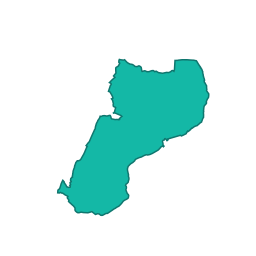 the district of Sancel, Alba, Romania, rotated 60°
{"feature_id": "2599482B13379930489743", "entity_name": "Sancel", "entity_type": "district", "adm_level": 2, "iso_a3": "ROU", "parent_name": "Romania", "parent_adm1": "Alba", "projection": "orthographic", "projection_center": [23.953, 46.206], "detail": "fine", "context": "isolated", "style": "filled", "palette": "teal", "viewbox_px": 256, "rotation_deg": 60, "n_neighbors": 0, "source": "geoboundaries", "source_scale": "gbopen_adm2", "svg_char_len": 5775}
<svg xmlns="http://www.w3.org/2000/svg" viewBox="0 0 256 256"><g transform="rotate(60 128 128)"><path d="M189.8,195.3L190.3,194.8L190.5,194.4L190.8,193.8L190.9,193.5L190.9,192.3L191.0,191.3L190.9,190.8L191.0,189.9L191.1,189.6L191.7,188.4L191.3,182.6L191.1,180.7L191.2,179.1L191.1,178.6L191.0,176.2L191.2,175.3L190.7,173.2L190.4,172.2L189.8,170.5L189.1,169.0L188.8,167.3L189.0,164.6L188.7,162.7L186.9,161.2L185.9,161.0L184.4,161.4L180.5,160.8L179.1,159.3L177.8,158.7L176.6,158.9L175.6,157.7L175.6,156.7L175.0,154.9L174.7,154.6L174.2,154.3L173.9,154.1L173.3,153.2L173.0,153.0L172.3,152.5L171.9,152.3L171.1,152.0L170.4,151.9L169.8,151.7L169.4,151.4L168.9,151.0L168.6,150.9L167.2,150.5L165.6,150.0L164.7,149.7L163.6,149.2L162.9,148.8L162.7,148.5L161.7,147.5L161.5,147.3L161.2,146.8L160.9,145.7L160.5,144.3L160.3,143.2L160.3,141.2L159.7,138.5L159.0,137.6L158.9,136.7L159.2,133.3L159.8,130.9L159.9,127.8L160.2,125.9L160.4,125.4L161.2,124.5L161.9,122.3L162.2,119.6L162.2,113.0L162.1,112.4L161.2,109.5L160.8,108.7L160.9,107.9L160.9,106.7L161.9,106.7L161.7,105.9L161.1,106.0L160.2,106.1L159.4,105.8L158.8,105.4L157.1,105.0L156.6,104.6L156.3,104.1L156.2,103.7L156.5,102.4L155.7,101.6L155.7,101.2L157.4,100.4L158.3,100.7L158.5,100.4L158.4,99.7L158.0,99.0L157.4,99.0L160.5,86.3L161.6,85.7L161.8,83.7L162.0,80.5L161.8,80.1L161.2,79.6L161.0,79.2L161.1,78.9L160.7,78.3L160.6,78.1L161.0,78.1L161.1,77.9L160.9,75.6L160.7,75.3L160.5,74.9L160.6,74.5L160.3,73.9L160.0,72.6L160.3,72.3L160.2,72.0L160.0,70.1L160.1,68.3L160.5,67.1L159.9,63.8L159.7,63.3L159.6,61.3L159.3,61.1L158.8,60.4L157.2,58.6L156.6,57.3L154.3,55.9L153.4,55.5L152.3,54.9L151.4,54.1L150.9,54.1L150.3,53.5L149.4,53.0L149.3,52.8L148.7,52.5L148.2,52.0L147.8,51.8L147.0,50.9L146.8,50.3L146.3,48.9L146.2,48.4L145.8,47.7L145.5,47.4L144.9,47.4L144.6,47.3L144.2,46.8L143.5,46.0L143.2,45.6L142.3,44.3L142.1,43.6L141.8,43.1L141.4,42.7L140.7,42.2L139.7,41.5L138.7,41.0L138.2,41.0L137.3,41.2L136.9,41.2L136.2,41.2L135.6,41.3L135.0,41.3L134.6,41.1L134.1,40.5L132.6,39.9L130.8,38.9L130.4,38.8L129.6,38.9L127.8,38.8L127.2,38.8L126.9,39.0L126.4,38.9L126.1,38.8L125.1,38.4L124.9,38.1L124.9,37.8L123.9,37.5L123.0,37.3L121.9,37.1L121.4,36.9L121.2,36.9L120.8,36.8L119.3,36.2L117.4,35.7L116.9,35.2L115.5,35.0L115.1,35.0L114.1,34.7L112.6,35.0L112.3,34.8L112.0,35.0L111.9,34.8L111.5,34.8L110.2,34.9L109.7,35.0L109.3,35.0L107.3,35.1L104.9,35.1L104.0,35.2L104.0,35.3L102.9,36.3L102.0,37.4L101.5,38.2L100.9,39.1L99.9,40.6L98.4,42.8L96.0,46.9L94.5,50.3L94.3,51.0L94.1,51.4L93.2,53.2L93.0,53.5L100.7,58.6L101.0,59.0L101.3,59.3L101.8,59.9L101.0,60.2L100.6,60.5L100.3,61.3L100.3,61.9L100.6,62.6L100.4,64.9L99.1,66.9L97.9,70.7L96.1,72.9L95.5,73.7L94.6,74.3L92.9,75.2L92.7,76.0L92.7,76.6L91.2,77.2L90.8,77.5L90.2,78.9L89.8,81.0L89.8,81.5L88.7,83.5L87.3,84.4L86.7,85.1L86.1,87.5L85.4,87.5L82.8,86.5L82.1,86.3L81.3,86.4L80.0,87.1L79.6,87.6L79.5,88.2L79.4,89.4L79.1,89.9L78.0,91.3L77.0,91.5L75.9,92.0L75.2,92.4L74.8,92.9L74.3,93.4L73.6,94.4L71.0,95.9L69.5,96.3L67.2,96.8L67.2,97.2L67.0,97.7L66.8,98.2L65.2,100.3L64.3,101.2L64.8,101.9L65.3,102.3L65.8,102.6L66.3,103.0L66.5,103.1L67.1,102.9L67.7,102.7L68.2,103.4L69.5,105.4L69.6,108.2L70.2,108.8L72.0,109.8L74.4,111.0L75.7,114.5L77.6,114.0L78.3,117.6L79.4,121.4L80.4,120.7L80.8,120.5L81.4,120.5L81.9,120.8L82.4,122.0L86.5,126.6L87.8,125.6L89.2,125.6L90.9,125.6L91.9,125.6L94.0,125.9L94.7,126.2L94.5,127.7L96.4,127.5L96.7,127.7L97.1,127.7L98.1,128.1L99.3,128.3L100.5,129.3L101.8,129.8L102.8,129.4L102.9,129.2L103.8,128.6L104.2,128.5L106.3,130.7L107.1,131.4L107.4,131.9L107.7,132.2L107.7,133.1L107.9,133.1L108.3,131.9L113.7,127.8L114.9,127.5L114.9,127.8L115.1,128.9L115.3,129.6L115.5,130.4L115.6,130.9L115.7,131.0L116.4,131.1L116.3,131.7L115.1,133.2L114.3,134.9L111.9,137.6L111.2,137.7L109.9,137.3L108.6,137.1L108.0,137.3L107.7,138.1L107.2,140.1L106.5,141.1L106.0,141.6L105.4,142.4L104.8,143.7L104.6,145.2L103.9,146.3L104.3,146.6L104.9,147.4L105.3,147.9L106.4,150.3L107.5,151.7L107.8,152.3L108.3,153.1L110.1,155.0L111.0,155.9L112.0,156.5L112.2,156.8L112.7,157.6L113.0,158.2L113.3,158.5L113.5,158.8L114.0,159.5L115.7,161.9L117.8,164.8L119.7,167.3L120.3,168.1L120.4,168.3L120.6,168.7L120.6,168.8L120.9,169.6L121.0,170.1L121.2,170.5L122.0,172.3L122.3,173.1L123.6,172.6L123.8,173.1L125.2,174.9L125.9,175.9L127.1,177.4L128.5,179.4L128.7,179.6L128.9,180.1L131.5,184.5L131.7,184.9L131.8,185.4L131.8,185.8L131.7,186.8L131.6,187.4L131.0,188.3L131.1,188.5L131.4,189.3L131.7,190.0L131.9,190.5L133.1,191.8L134.1,193.1L134.7,193.6L135.1,193.9L135.5,194.2L136.3,195.3L137.8,197.0L138.3,197.4L138.8,197.7L139.3,198.1L139.5,198.4L140.9,199.4L141.5,199.9L141.8,200.3L142.2,200.5L142.4,200.5L142.5,200.5L142.8,200.6L142.8,200.8L142.7,200.9L142.6,201.0L142.7,201.4L142.9,201.6L143.0,201.9L143.1,202.1L143.0,202.4L143.1,202.7L143.4,203.0L143.8,203.3L144.3,203.8L144.6,203.9L145.8,203.9L146.0,203.9L146.2,204.1L146.2,204.3L146.1,205.0L146.4,205.6L146.7,205.7L147.2,205.8L148.3,206.0L148.5,206.2L148.5,207.1L149.5,207.1L150.3,207.7L150.2,208.1L149.7,209.2L149.3,209.6L148.5,210.3L148.4,210.2L148.1,210.4L147.7,210.4L146.3,210.3L144.3,210.5L143.7,210.7L143.4,210.7L143.2,210.3L142.8,210.2L140.7,210.6L141.5,211.9L142.9,213.8L145.2,216.2L146.3,217.5L146.5,217.9L146.5,219.0L146.7,219.5L147.1,220.0L149.0,221.3L149.9,220.0L150.0,219.8L150.1,218.6L151.1,218.1L151.6,217.3L153.0,216.5L153.8,216.3L157.2,214.2L158.1,215.5L158.7,215.5L160.2,215.3L161.0,215.3L161.8,216.2L163.7,215.8L164.2,215.4L164.8,215.3L165.0,215.3L166.1,214.9L166.6,214.8L167.4,214.5L168.3,214.2L170.3,213.9L170.8,213.9L172.5,214.9L173.1,215.0L173.7,215.0L175.2,214.5L176.0,214.1L176.6,213.3L176.9,212.7L177.3,211.1L177.6,210.4L178.8,209.1L181.4,205.1L182.4,201.1L186.6,199.4L187.0,197.2L188.1,195.9L189.8,195.3Z" fill="#14b8a6" stroke="#0f766e" stroke-width="1.5"/></g></svg>